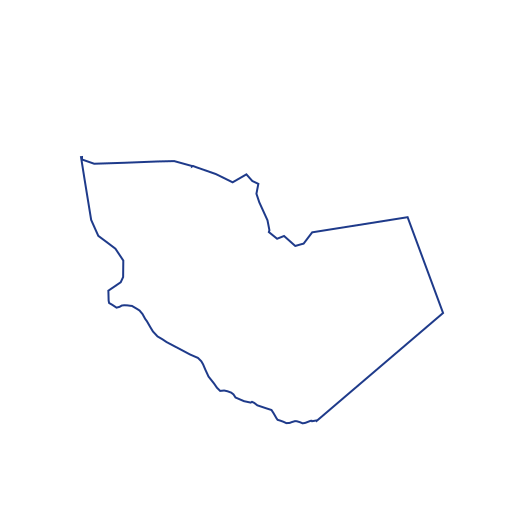 the district of Descolons, Soufrière, Saint Lucia, rotated 150°
{"feature_id": "8701671B18221439700807", "entity_name": "Descolons", "entity_type": "district", "adm_level": 2, "iso_a3": "LCA", "parent_name": "Saint Lucia", "parent_adm1": "Soufrière", "projection": "natural_earth1", "projection_center": [-61.022, 13.861], "detail": "fine", "context": "isolated", "style": "outline", "palette": "blue", "viewbox_px": 512, "rotation_deg": 150, "n_neighbors": 0, "source": "geoboundaries", "source_scale": "gbopen_adm2", "svg_char_len": 1552}
<svg xmlns="http://www.w3.org/2000/svg" viewBox="0 0 512 512"><g transform="rotate(150 256 256)"><path d="M285.8,82.9L285.1,83.0L203.0,98.2L122.5,113.1L105.3,213.8L195.5,248.4L208.6,242.9L210.3,243.4L217.0,245.1L221.7,259.3L229.1,260.4L232.9,270.3L231.5,271.6L228.2,281.2L226.3,300.9L224.5,309.7L217.9,317.3L221.7,322.8L223.5,331.5L239.4,331.5L249.7,346.9L263.3,362.7L265.6,365.5L266.0,365.5L266.4,365.5L266.2,365.7L279.4,379.1L294.0,387.1L323.1,402.4L350.0,416.8L358.2,426.3L358.4,426.7L357.2,428.7L357.7,428.9L358.1,429.1L365.8,409.0L380.7,369.7L381.6,361.2L382.5,352.3L377.3,340.2L374.1,332.6L373.2,318.4L381.6,304.2L386.3,300.9L388.9,300.7L401.2,299.8L402.2,297.9L405.9,291.1L406.4,289.7L406.7,288.7L404.9,285.6L402.6,281.0L399.6,280.2L397.0,280.2L395.1,279.4L394.3,279.0L394.2,278.9L392.0,277.5L389.7,275.7L388.4,274.8L385.5,269.7L384.1,267.0L383.8,265.2L383.3,262.5L383.4,258.1L383.4,256.7L383.1,254.1L383.1,248.5L383.1,248.0L383.1,246.9L383.0,242.2L381.5,235.6L378.7,230.7L376.4,226.0L362.3,203.6L357.2,196.7L356.0,192.2L356.0,188.6L356.7,182.9L357.4,175.3L356.1,166.5L355.7,161.5L354.5,157.1L350.8,155.4L348.3,153.1L345.8,150.1L344.7,147.4L344.5,143.7L339.0,136.3L333.9,131.7L332.4,131.7L331.0,129.7L329.5,126.0L323.4,119.1L319.6,114.9L319.4,111.2L319.4,109.9L319.4,109.7L319.4,106.7L319.4,105.2L319.2,103.3L317.3,101.3L315.2,98.8L313.3,96.1L310.3,94.6L308.2,94.3L304.8,93.5L303.3,92.5L301.2,90.3L299.3,87.8L297.5,87.1L296.5,86.8L291.3,86.0L290.2,85.5L290.1,84.9L285.7,83.3L285.8,82.9Z" fill="none" stroke="#1e3a8a" stroke-width="2"/></g></svg>